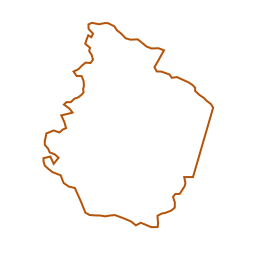 outline of São José das Palmeiras, Paraná, Brazil, rotated 107°
{"feature_id": "56859067B12185724894404", "entity_name": "São José das Palmeiras", "entity_type": "district", "adm_level": 2, "iso_a3": "BRA", "parent_name": "Brazil", "parent_adm1": "Paraná", "projection": "natural_earth1", "projection_center": [-54.124, -24.817], "detail": "fine", "context": "isolated", "style": "outline", "palette": "amber", "viewbox_px": 256, "rotation_deg": 107, "n_neighbors": 0, "source": "geoboundaries", "source_scale": "gbopen_adm2", "svg_char_len": 1523}
<svg xmlns="http://www.w3.org/2000/svg" viewBox="0 0 256 256"><g transform="rotate(107 128 128)"><path d="M188.3,196.6L190.6,191.7L192.3,187.2L192.9,178.5L197.1,175.4L199.5,173.3L201.3,167.4L200.9,161.3L212.6,151.1L221.4,144.0L222.4,139.3L221.3,134.2L219.9,129.3L219.1,123.8L216.9,119.5L215.1,115.0L215.6,106.2L216.5,97.7L218.8,92.0L214.9,88.1L215.4,82.4L216.0,76.8L214.1,70.7L210.3,71.3L206.7,72.9L203.3,74.1L200.0,70.8L198.2,67.4L194.5,62.7L190.5,60.0L185.4,61.5L180.7,64.8L177.2,63.4L175.9,59.3L167.1,56.8L163.9,57.0L158.5,59.9L155.9,51.5L83.7,52.5L80.9,55.6L79.0,60.8L77.0,64.4L75.5,69.4L72.9,74.7L69.9,75.5L68.1,78.6L66.6,83.7L65.8,90.2L65.0,96.1L67.2,100.8L64.7,103.9L64.3,112.6L65.5,117.1L62.1,120.5L57.1,119.3L43.2,116.3L42.8,122.1L45.1,128.9L44.6,134.4L42.3,139.7L40.4,144.6L42.8,151.5L42.9,156.4L39.5,162.6L37.9,167.0L34.7,170.9L33.6,177.8L34.7,181.4L37.2,185.9L38.0,193.3L40.5,196.1L44.7,194.7L48.0,189.0L51.9,189.6L51.0,193.1L56.3,193.5L60.0,193.5L62.4,187.8L65.8,187.6L68.8,184.1L72.8,181.5L76.8,182.8L77.9,187.7L82.0,190.4L86.4,192.7L89.9,196.6L93.3,192.3L91.9,187.6L95.9,184.3L100.4,182.5L104.0,182.3L106.9,180.9L109.8,182.1L113.4,184.7L115.5,187.7L120.1,190.4L121.2,194.3L124.3,196.1L126.6,189.6L129.5,185.5L133.6,192.3L135.4,195.5L141.3,190.3L146.3,187.2L148.4,189.8L152.3,192.3L152.1,198.4L157.1,204.5L161.1,204.0L164.5,203.9L168.5,202.6L171.1,198.4L174.2,195.7L174.6,190.3L176.8,185.7L184.0,188.6L178.0,193.9L181.6,200.0L184.7,199.0L188.3,196.6Z" fill="none" stroke="#b45309" stroke-width="2"/></g></svg>